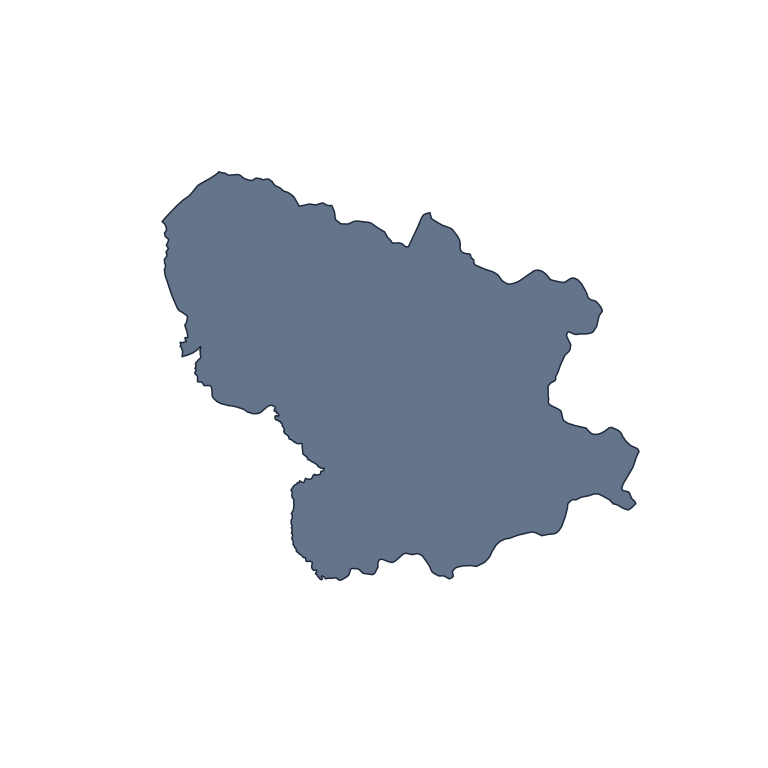 Oesilo, Ambeno, East Timor (Mercator projection), rotated 125°
{"feature_id": "22284137B5780280326887", "entity_name": "Oesilo", "entity_type": "district", "adm_level": 2, "iso_a3": "TLS", "parent_name": "East Timor", "parent_adm1": "Ambeno", "projection": "mercator", "projection_center": [124.373, -9.357], "detail": "fine", "context": "isolated", "style": "filled", "palette": "slate", "viewbox_px": 768, "rotation_deg": 125, "n_neighbors": 0, "source": "geoboundaries", "source_scale": "gbopen_adm2", "svg_char_len": 6171}
<svg xmlns="http://www.w3.org/2000/svg" viewBox="0 0 768 768"><g transform="rotate(125 384 384)"><path d="M304.8,640.9L308.0,641.5L314.6,644.1L325.9,649.5L329.0,650.5L338.7,651.1L342.1,651.7L348.6,654.1L357.1,656.0L372.0,658.3L378.2,658.9L378.7,655.4L379.8,653.6L379.9,652.5L381.4,651.8L382.7,650.3L386.3,650.4L388.2,648.3L388.8,647.1L389.0,643.4L391.3,642.5L395.2,641.9L396.6,638.4L401.2,638.1L401.5,636.9L402.6,636.4L403.5,635.2L407.8,635.4L410.8,633.1L412.0,630.9L414.7,629.8L416.2,629.6L420.6,625.5L432.6,609.3L440.2,597.2L441.4,594.1L441.0,589.9L441.0,586.0L441.3,583.9L441.9,583.3L447.1,581.0L450.1,580.9L454.2,575.4L456.7,572.8L458.7,571.4L459.3,571.9L459.6,573.0L460.4,573.5L461.7,572.1L462.4,570.6L463.0,570.4L464.0,571.6L465.7,572.7L466.5,574.6L467.1,574.7L468.1,573.0L470.2,572.5L470.3,571.1L472.8,567.6L477.3,565.1L473.8,562.1L468.0,558.3L462.8,556.5L458.8,555.8L459.5,554.6L462.2,554.1L462.8,552.9L464.8,551.9L466.3,550.0L468.7,549.2L470.6,550.0L472.4,549.9L474.5,550.4L475.4,550.1L477.6,548.0L479.6,547.8L479.8,546.4L480.4,545.9L483.5,545.4L484.1,544.2L484.3,541.8L485.7,540.3L488.3,538.7L489.0,537.8L486.9,534.2L488.5,530.5L485.2,525.8L485.1,524.9L485.9,523.2L488.6,520.7L491.6,518.6L492.6,517.5L493.4,515.8L494.2,511.0L493.6,506.3L490.5,498.3L488.8,495.3L487.3,491.5L485.1,484.0L485.3,480.1L483.4,474.1L480.8,470.6L478.0,468.7L469.9,466.7L467.3,465.5L465.8,463.6L465.2,461.1L465.2,460.4L466.0,459.1L467.8,459.3L469.1,458.3L469.0,457.1L468.3,456.5L469.3,455.1L469.1,453.9L469.8,452.1L471.1,452.0L471.4,453.7L472.5,454.7L473.5,454.5L474.8,453.4L475.4,451.7L474.6,450.6L474.8,449.1L474.0,448.0L475.1,446.5L474.6,445.4L474.8,444.8L476.8,443.2L477.1,441.6L478.5,439.4L480.2,439.0L481.3,437.4L481.5,432.6L483.4,430.0L482.7,427.5L483.1,424.6L482.4,420.6L481.9,419.5L480.2,418.0L480.1,416.5L482.3,415.1L487.9,410.1L488.1,405.1L489.6,403.0L488.9,400.7L489.1,399.0L488.5,394.4L488.7,392.0L489.4,390.7L489.3,389.0L489.0,386.8L488.4,386.3L488.2,385.5L487.3,384.8L489.8,383.9L491.8,385.6L493.8,384.6L495.1,384.7L498.0,388.0L497.7,389.0L498.1,389.3L500.3,389.6L502.9,389.0L504.1,389.6L505.9,392.3L506.3,394.2L509.9,393.2L511.0,393.5L511.5,394.4L511.7,397.5L513.3,397.0L514.6,398.4L516.0,398.0L518.2,399.3L522.4,399.5L524.5,399.2L524.9,397.6L525.5,397.0L528.2,395.6L529.1,394.7L529.9,393.6L530.2,391.7L530.6,391.2L532.0,390.7L535.2,388.1L539.3,386.0L543.4,385.5L544.0,384.1L546.6,382.1L548.3,382.0L550.1,381.1L551.9,379.6L553.4,377.3L554.9,377.5L556.0,375.3L557.3,375.2L558.1,374.4L559.4,374.2L559.6,372.9L560.2,372.1L563.2,371.0L564.1,370.0L564.9,368.2L567.8,366.3L567.9,365.3L569.1,363.4L569.5,361.4L571.5,359.6L571.2,357.6L571.9,356.3L571.5,353.9L572.4,350.6L571.4,348.6L573.4,346.8L573.8,345.6L571.5,342.8L571.2,340.8L572.2,339.9L575.4,338.4L576.7,336.7L577.0,335.0L575.4,332.6L576.0,331.6L578.2,331.6L578.8,331.1L578.9,329.2L579.6,327.9L580.5,324.3L580.3,323.1L579.1,322.6L577.6,324.8L576.5,324.6L576.5,322.2L577.1,320.2L575.0,318.2L572.5,314.4L570.7,313.0L570.2,311.3L570.5,309.4L570.2,307.8L568.8,306.4L562.9,303.7L560.3,303.3L555.1,305.0L553.7,304.7L550.6,299.9L550.2,297.8L551.0,293.4L550.5,291.4L547.0,284.5L545.7,283.3L543.9,283.1L537.5,283.9L534.3,286.3L532.0,287.0L530.5,286.9L528.6,285.1L527.1,278.8L525.9,275.5L524.6,274.2L521.8,273.0L511.9,270.6L510.0,268.9L507.6,263.0L504.3,260.0L503.5,258.8L502.9,256.1L502.8,253.9L506.0,244.9L507.0,242.5L510.2,237.3L510.5,235.3L509.9,229.2L507.3,225.6L506.7,224.0L506.3,218.9L503.5,217.1L501.5,217.0L499.1,219.8L498.1,220.5L494.0,220.1L492.3,219.1L487.9,215.2L483.0,208.8L480.3,203.6L472.4,199.3L467.5,198.5L464.5,198.4L459.2,199.4L451.5,199.8L446.4,198.7L441.6,196.0L438.5,192.8L430.8,187.4L421.3,178.9L419.6,176.8L418.7,173.8L417.7,167.7L412.8,163.0L409.1,158.7L406.9,157.3L403.7,156.6L399.1,156.7L389.1,159.3L379.9,162.8L378.2,164.0L376.2,164.7L372.6,164.1L370.4,163.1L368.8,160.3L363.6,157.5L357.6,151.7L353.7,149.0L351.8,146.4L351.1,145.1L350.6,142.8L349.5,132.7L350.7,127.6L349.2,123.8L348.7,116.9L347.3,112.1L346.1,111.1L344.1,110.4L337.5,109.1L336.2,111.5L335.8,115.3L332.6,120.2L332.2,122.4L334.1,126.7L334.0,128.2L332.8,129.6L328.4,130.8L309.5,132.3L298.9,135.4L293.0,136.4L291.6,139.1L293.0,146.8L292.0,153.3L289.8,159.1L288.5,160.8L287.8,163.2L287.7,166.1L288.9,172.3L290.4,174.3L296.5,176.3L299.9,178.0L302.8,180.3L304.9,183.2L305.5,185.2L305.5,187.6L304.2,193.2L308.5,203.7L310.7,210.8L310.9,215.8L309.7,217.8L304.9,223.1L304.5,224.7L304.6,227.1L305.8,234.6L305.9,236.5L305.4,238.2L304.4,239.2L301.6,240.6L299.9,242.5L291.4,248.5L287.5,248.0L284.3,246.3L282.4,245.8L281.2,246.3L280.1,247.5L275.4,248.1L266.9,250.4L256.7,252.3L251.4,251.2L248.9,251.4L244.6,253.7L240.7,260.8L239.5,262.3L238.2,263.0L235.6,263.0L235.0,261.9L234.3,257.6L233.4,255.2L230.3,251.8L226.9,247.0L224.7,244.7L221.7,242.6L215.0,242.8L204.7,246.9L199.5,246.9L198.4,247.6L196.6,250.4L195.0,256.1L194.8,258.6L196.4,262.8L196.4,265.1L195.9,266.8L193.9,269.3L191.9,272.6L188.5,280.0L187.5,285.0L187.9,288.0L189.0,290.4L191.0,291.9L197.4,294.4L199.8,299.0L202.5,305.7L203.0,307.5L201.2,314.1L200.9,317.8L201.3,320.6L202.6,323.5L204.9,325.9L222.2,332.3L226.4,334.9L229.2,337.3L231.1,339.9L231.7,344.8L231.5,346.8L229.3,353.3L229.3,355.6L229.7,359.5L232.2,367.5L234.2,377.6L233.6,379.5L230.9,381.6L230.4,385.3L228.4,387.5L228.6,389.1L229.9,391.1L231.0,393.9L231.1,395.8L230.5,398.0L228.8,399.9L225.8,401.6L222.8,404.6L220.7,408.6L218.2,416.7L218.2,418.8L220.5,427.4L221.4,439.0L220.8,440.5L217.3,444.7L220.6,447.5L223.0,448.7L227.0,448.5L235.2,446.6L255.9,443.0L257.9,442.9L259.1,444.9L258.8,450.2L259.7,452.4L263.7,457.9L262.5,461.1L261.9,464.9L259.0,470.9L259.7,478.3L259.6,486.6L260.3,489.1L265.8,499.3L267.7,501.7L273.6,505.2L277.5,511.1L277.2,517.7L275.4,519.9L273.2,521.5L270.6,524.5L267.7,529.1L269.5,531.5L270.5,533.9L270.5,536.7L271.2,538.5L276.6,542.7L279.2,548.2L285.8,554.2L286.8,555.7L282.5,564.9L282.1,567.4L282.1,572.4L283.5,576.8L283.0,581.9L283.9,586.8L283.5,589.0L282.3,591.8L282.3,596.1L283.8,598.1L286.1,600.1L286.7,603.0L288.6,606.7L290.2,607.7L292.8,608.5L294.6,611.9L295.9,616.8L295.5,621.7L296.2,623.9L302.2,631.2L302.5,635.4L303.9,637.7L304.8,640.9Z" fill="#64748b" stroke="#1e293b" stroke-width="1.5"/></g></svg>